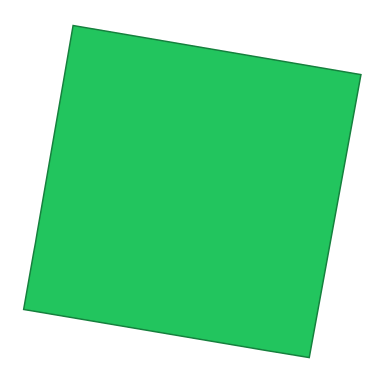 the district of Wallace, Kansas, United States of America, rotated 10°
{"feature_id": "52423323B26647811749037", "entity_name": "Wallace", "entity_type": "district", "adm_level": 2, "iso_a3": "USA", "parent_name": "United States of America", "parent_adm1": "Kansas", "projection": "orthographic", "projection_center": [-101.931, 38.916], "detail": "fine", "context": "isolated", "style": "filled", "palette": "green", "viewbox_px": 384, "rotation_deg": 10, "n_neighbors": 0, "source": "geoboundaries", "source_scale": "gbopen_adm2", "svg_char_len": 324}
<svg xmlns="http://www.w3.org/2000/svg" viewBox="0 0 384 384"><g transform="rotate(10 192 192)"><path d="M46.6,336.9L293.5,335.2L336.2,334.7L338.0,47.1L46.0,48.7L46.0,51.0L46.2,105.7L46.6,260.3L46.7,269.5L46.6,280.1L46.6,288.9L46.6,298.6L46.6,299.3L46.6,336.9Z" fill="#22c55e" stroke="#15803d" stroke-width="1.5"/></g></svg>